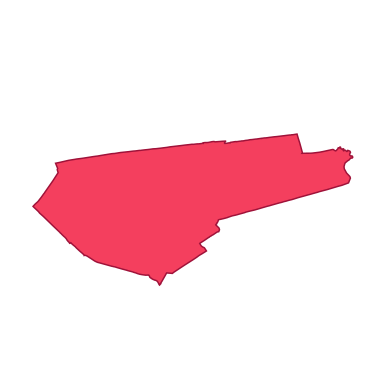 the district of Marsa, Giurgiu, Romania, rotated 25°
{"feature_id": "2599482B58006673270206", "entity_name": "Marsa", "entity_type": "district", "adm_level": 2, "iso_a3": "ROU", "parent_name": "Romania", "parent_adm1": "Giurgiu", "projection": "natural_earth1", "projection_center": [25.561, 44.365], "detail": "fine", "context": "isolated", "style": "filled", "palette": "rose", "viewbox_px": 384, "rotation_deg": 25, "n_neighbors": 0, "source": "geoboundaries", "source_scale": "gbopen_adm2", "svg_char_len": 5762}
<svg xmlns="http://www.w3.org/2000/svg" viewBox="0 0 384 384"><g transform="rotate(25 192 192)"><path d="M201.9,290.1L202.0,289.9L202.1,289.3L202.4,288.6L202.5,288.1L202.4,288.0L202.2,287.9L202.5,285.3L203.0,279.0L203.2,276.1L206.3,274.9L208.6,274.1L209.5,272.3L213.7,265.4L216.3,261.2L221.9,252.4L224.0,248.9L225.2,246.6L226.7,244.4L227.4,243.4L229.6,240.0L230.0,239.3L226.9,237.4L226.3,237.3L224.7,237.3L223.3,237.0L221.8,236.1L220.7,235.3L223.8,230.4L226.2,226.3L226.8,225.5L226.8,225.3L226.9,225.1L227.2,224.6L227.8,223.9L228.4,222.8L229.2,221.8L229.5,221.4L229.9,220.6L230.4,219.8L230.7,219.3L231.3,218.3L232.0,217.3L232.2,217.2L232.7,216.9L233.0,216.7L233.0,216.1L232.9,215.6L232.9,215.4L232.9,214.7L232.6,214.2L232.2,213.8L231.8,213.4L231.6,213.2L229.3,212.4L227.6,211.8L227.4,211.7L227.4,211.3L227.5,211.0L227.8,210.6L227.9,210.3L227.7,210.2L227.6,209.8L228.0,208.1L227.8,206.6L227.7,206.1L228.3,205.5L229.9,204.3L232.2,202.5L234.9,200.2L235.5,199.5L236.6,198.5L237.8,197.3L238.7,196.5L240.4,195.2L240.7,195.0L242.3,193.7L244.7,191.6L245.2,191.2L248.5,188.4L249.4,187.4L252.2,185.1L255.0,182.9L256.5,181.7L259.6,179.0L261.6,177.2L266.4,173.0L268.4,171.4L268.9,170.9L275.6,165.1L277.4,163.7L279.6,161.7L280.8,160.8L283.4,158.5L285.8,156.6L287.8,154.8L290.4,152.4L296.4,147.3L298.6,145.4L299.6,144.6L302.0,142.5L304.1,140.7L306.0,139.1L307.0,138.1L313.6,132.6L315.6,130.8L322.0,125.1L324.9,122.7L330.0,117.6L329.7,112.5L328.6,111.3L324.1,109.5L320.3,106.7L319.1,104.9L318.5,101.8L318.6,100.6L319.4,99.1L319.6,98.5L319.9,97.8L320.4,97.3L320.7,96.8L320.9,96.3L321.0,95.9L321.2,95.3L321.3,94.8L321.4,94.4L321.6,94.2L321.9,94.0L322.6,93.7L322.9,93.4L323.0,93.0L323.0,92.6L322.9,92.4L322.2,91.8L321.9,91.7L321.6,91.8L320.8,92.2L320.5,92.3L320.1,92.2L319.7,92.0L319.3,91.9L319.1,91.7L319.0,91.4L319.0,91.1L318.8,90.5L318.7,90.3L318.8,89.9L319.0,89.5L318.9,89.2L318.7,88.9L318.3,88.6L317.9,88.3L317.4,88.3L317.1,88.3L316.7,88.3L316.2,88.4L315.7,88.4L315.5,88.5L315.6,89.0L315.5,89.5L315.3,89.8L315.1,89.8L314.8,89.8L314.2,89.6L313.7,89.4L313.3,89.4L313.1,89.4L312.3,90.0L312.2,90.5L311.9,90.6L311.6,90.5L311.5,90.4L311.5,90.2L311.7,89.8L311.7,89.3L311.6,89.1L311.1,88.9L310.8,88.9L310.5,89.1L310.3,89.4L310.2,89.7L309.5,89.8L309.1,89.8L308.7,89.7L308.0,89.5L307.9,89.4L308.0,89.0L307.9,88.9L307.6,88.6L307.3,88.6L307.1,88.7L307.0,88.9L307.1,89.3L307.0,89.6L306.9,89.8L305.9,90.1L306.0,90.9L305.9,91.1L305.2,93.5L304.9,93.9L304.6,94.1L304.4,94.1L303.6,94.1L302.4,93.8L302.0,93.9L301.8,93.9L301.6,94.0L301.1,94.3L298.9,96.0L297.8,96.8L295.6,98.5L293.6,100.0L291.8,101.3L290.7,102.1L284.6,105.9L283.5,106.5L282.7,106.9L275.4,110.4L275.5,109.9L275.0,109.2L274.3,108.4L273.4,107.3L268.7,101.8L265.3,98.1L262.7,95.1L259.3,97.4L258.2,98.0L257.2,98.7L256.4,99.1L254.3,100.4L253.5,100.9L251.3,102.3L250.8,102.6L245.3,106.0L243.4,107.1L242.1,107.9L241.0,108.6L240.2,109.1L239.2,109.7L238.9,109.9L237.1,111.1L235.8,111.9L234.8,112.4L233.1,113.5L232.5,113.9L232.5,114.0L232.2,114.0L231.5,114.5L230.4,115.2L229.8,115.6L229.2,116.0L228.6,116.4L227.8,116.9L227.4,117.1L226.3,117.8L225.2,118.5L224.1,119.2L223.0,119.8L222.5,120.1L221.5,120.8L221.2,121.1L220.1,121.8L218.6,122.7L217.0,123.9L216.3,124.3L215.3,124.8L215.0,125.1L213.8,125.8L211.5,127.3L211.0,127.5L210.9,127.6L210.8,127.8L210.1,127.9L207.6,129.6L205.8,130.8L205.8,131.4L205.7,131.5L205.3,131.6L205.0,131.7L203.9,132.4L203.4,132.8L203.2,133.0L202.8,133.2L201.2,134.1L200.8,133.9L200.7,133.6L200.7,133.3L200.7,132.9L200.7,132.6L200.9,132.2L201.0,131.8L200.9,131.7L198.6,132.9L191.7,136.8L190.6,136.9L188.9,137.9L186.4,139.8L185.5,140.4L184.0,141.2L183.0,141.6L181.3,142.7L181.6,143.2L181.3,143.3L179.4,144.5L177.8,145.5L176.2,146.3L173.6,147.9L172.9,148.3L172.4,148.5L171.7,148.8L169.0,150.5L165.7,152.5L162.7,154.4L152.8,160.5L150.5,162.1L145.1,165.5L141.0,168.0L138.4,169.4L135.0,171.6L131.5,173.7L128.6,175.5L127.7,176.1L126.8,176.5L123.7,178.5L121.4,179.8L120.6,180.3L119.3,181.1L117.6,182.2L112.9,185.0L110.4,186.5L105.7,189.7L103.2,191.1L93.8,197.5L91.4,199.2L89.8,200.2L87.3,201.8L85.1,203.3L80.2,206.6L77.6,208.3L76.8,208.8L73.3,211.0L71.9,212.0L71.0,212.6L70.1,213.2L69.8,213.4L67.9,214.7L66.6,215.6L60.2,220.6L56.2,223.6L60.3,227.4L60.4,228.7L62.5,231.1L61.2,240.6L60.3,245.7L58.7,254.8L58.7,255.3L58.6,255.8L58.4,256.3L57.7,260.2L56.9,263.6L56.7,264.7L56.3,266.1L55.0,269.1L54.0,272.2L54.7,272.5L60.4,274.4L61.3,274.7L61.6,274.9L62.0,275.1L62.3,275.2L62.5,275.4L62.7,275.5L67.7,277.0L78.0,280.6L79.7,281.2L89.2,284.4L89.5,284.5L89.9,284.8L90.9,285.0L91.8,285.4L94.4,286.3L95.1,286.5L95.9,286.7L96.3,286.9L97.6,287.4L97.8,287.5L98.9,288.3L100.7,289.2L101.7,289.5L102.2,289.8L102.8,290.2L103.0,290.2L103.4,289.5L103.5,289.2L103.8,289.2L104.1,289.4L104.2,289.5L106.8,290.3L108.5,290.7L109.1,290.9L109.4,290.9L110.1,291.3L111.2,291.7L115.2,293.0L117.0,293.5L117.5,293.6L119.0,294.1L119.8,294.3L120.5,294.6L120.8,294.7L121.0,294.8L121.1,295.1L121.4,294.9L121.7,294.7L122.5,294.4L123.0,294.4L123.6,294.4L124.2,294.4L133.3,295.7L134.6,295.7L135.7,295.7L136.6,295.6L137.5,295.4L150.6,293.2L151.5,293.0L151.7,292.9L152.5,292.8L154.0,292.4L155.7,292.2L158.9,291.7L160.3,291.5L165.9,290.5L166.9,290.4L171.9,289.5L173.4,289.4L175.1,289.1L177.0,289.0L178.3,288.8L179.1,288.7L181.4,288.1L182.8,287.7L184.1,287.3L185.3,286.9L186.8,286.1L187.4,285.9L187.7,285.8L187.9,285.6L188.1,285.7L188.4,285.9L189.0,286.2L189.2,286.5L189.4,286.7L189.7,287.0L190.0,287.1L190.5,287.3L191.1,287.3L191.4,287.4L191.5,287.5L191.8,287.5L192.3,287.6L193.8,287.7L195.1,287.6L195.8,287.6L196.4,287.4L196.6,287.4L197.1,287.4L197.3,287.4L197.6,287.5L197.9,287.5L198.2,287.6L199.0,288.0L199.4,288.3L200.4,289.0L200.7,289.4L200.9,289.4L201.0,289.3L201.2,289.5L201.4,289.8L201.9,290.1Z" fill="#f43f5e" stroke="#9f1239" stroke-width="1.5"/></g></svg>